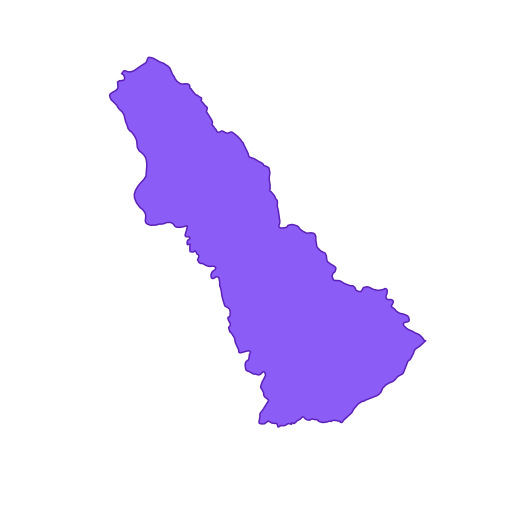 San Benito, Santander, Colombia (Mercator projection), rotated 287°
{"feature_id": "7082276B8887229584213", "entity_name": "San Benito", "entity_type": "district", "adm_level": 2, "iso_a3": "COL", "parent_name": "Colombia", "parent_adm1": "Santander", "projection": "mercator", "projection_center": [-73.532, 6.104], "detail": "fine", "context": "isolated", "style": "filled", "palette": "violet", "viewbox_px": 512, "rotation_deg": 287, "n_neighbors": 0, "source": "geoboundaries", "source_scale": "gbopen_adm2", "svg_char_len": 6129}
<svg xmlns="http://www.w3.org/2000/svg" viewBox="0 0 512 512"><g transform="rotate(287 256 256)"><path d="M239.9,421.1L241.8,420.0L242.9,418.8L243.3,417.2L243.6,413.3L243.3,411.3L243.4,409.4L243.7,408.1L244.2,406.6L245.9,403.8L247.0,400.6L247.7,400.1L251.5,400.8L253.2,400.3L253.7,399.2L253.8,397.6L253.0,395.4L253.0,394.3L253.4,393.2L255.0,392.1L258.7,392.2L260.8,391.8L262.0,391.2L262.6,390.2L262.7,389.2L262.4,388.6L261.6,388.0L260.4,386.1L258.8,382.8L258.4,378.1L259.1,374.0L259.2,372.6L258.9,370.8L257.3,368.1L256.7,367.8L253.7,367.2L252.8,366.8L252.1,364.6L252.4,362.4L252.8,361.5L254.7,359.9L255.7,357.9L255.8,357.0L255.2,355.1L255.3,350.8L255.8,347.4L256.7,344.2L256.7,342.5L255.6,338.2L255.8,337.2L257.3,335.8L258.9,334.8L260.2,334.5L262.3,334.9L263.4,335.8L264.8,336.2L266.5,336.2L268.0,335.8L268.6,335.0L269.2,333.7L270.3,329.2L271.3,326.5L272.0,325.6L273.1,324.8L276.8,323.2L278.9,321.3L279.8,316.3L282.4,311.7L288.3,308.7L292.4,307.4L294.2,305.7L294.6,304.3L294.3,301.9L292.6,297.7L293.5,293.1L294.5,290.6L294.9,289.7L296.5,287.8L296.8,286.5L296.9,282.5L296.7,281.3L295.3,278.6L294.4,277.5L293.2,277.3L292.2,276.5L291.3,275.0L290.2,272.2L290.1,270.9L290.3,269.9L291.3,269.0L294.1,269.1L296.3,268.6L306.3,263.9L309.5,261.9L314.2,260.6L315.2,260.1L315.7,259.6L316.2,258.6L316.8,257.8L318.5,256.6L319.3,255.6L321.8,251.8L322.2,250.3L322.6,249.9L324.6,249.8L328.3,248.6L332.3,246.6L334.9,245.7L339.6,245.0L343.9,242.7L344.3,241.9L344.8,239.5L344.7,237.3L345.8,236.2L346.5,234.8L347.0,232.7L347.5,229.7L348.5,226.2L348.7,220.9L349.5,219.8L351.4,218.7L353.1,217.3L358.5,212.2L360.5,210.5L361.7,208.5L362.7,207.4L365.0,203.4L367.2,197.9L367.4,196.3L367.1,195.6L366.8,195.0L365.5,193.8L365.1,193.2L365.1,190.1L365.7,188.1L365.6,187.2L365.5,186.5L364.2,185.3L363.4,184.1L363.2,183.3L363.5,182.1L364.5,181.6L365.5,180.3L366.4,178.7L367.6,177.6L368.4,175.8L369.1,175.5L370.6,175.4L371.4,175.2L373.3,173.7L378.7,167.4L379.2,166.6L380.8,166.3L382.7,166.3L383.5,166.1L384.4,164.9L384.8,163.7L388.4,158.2L389.1,158.0L390.0,158.1L391.1,157.7L391.5,156.9L391.5,155.5L392.5,153.2L392.7,151.1L393.3,150.0L395.7,146.4L396.7,145.4L397.1,144.2L397.7,143.5L399.3,142.9L400.1,142.3L400.6,140.8L400.5,139.8L399.8,137.4L398.9,135.5L398.7,133.9L398.8,132.8L399.9,129.5L401.5,127.2L403.8,125.1L405.4,123.0L410.3,118.9L411.1,117.9L411.8,116.2L413.3,111.2L413.4,107.6L415.0,100.4L415.1,98.0L414.7,95.5L413.6,94.7L408.9,94.4L404.1,90.3L397.5,85.1L395.6,82.5L394.7,79.7L394.9,77.1L394.6,75.6L393.2,74.9L391.1,74.2L390.6,76.3L387.9,78.5L385.7,78.3L384.5,76.5L383.8,74.3L381.9,72.7L376.7,74.8L374.7,74.4L372.6,72.9L370.2,70.6L368.1,69.1L366.7,69.1L365.1,70.0L363.1,71.8L359.5,78.7L357.8,80.4L356.2,82.6L354.8,85.7L352.7,88.3L346.4,92.0L343.6,94.3L340.5,96.4L338.8,98.7L338.0,101.1L335.6,104.3L333.0,107.0L330.8,108.4L325.1,110.8L322.4,113.6L321.3,116.6L319.9,119.2L317.5,122.0L314.5,123.6L310.8,125.1L300.2,127.4L296.2,126.3L292.5,124.4L288.1,122.6L283.6,121.6L279.7,121.5L276.5,122.6L274.5,124.0L271.7,126.4L268.5,130.8L267.0,134.5L265.1,136.9L263.1,138.5L260.2,139.3L257.4,139.8L255.6,140.8L254.7,143.0L254.6,146.2L256.4,151.5L258.2,154.0L258.6,155.5L259.3,157.2L260.5,159.2L261.7,160.5L262.5,162.4L263.1,164.8L262.8,166.4L262.6,167.2L260.7,169.9L260.3,171.5L261.0,174.4L262.3,177.3L264.4,180.5L264.6,181.2L264.2,181.7L259.8,182.0L256.3,182.0L254.8,182.2L254.0,183.2L254.7,186.7L253.8,187.5L253.0,187.5L251.5,186.4L250.6,186.0L248.8,186.1L247.1,186.8L246.8,187.5L247.8,188.5L248.1,189.1L247.4,189.6L244.7,190.2L241.6,191.3L241.0,191.7L241.1,193.7L241.5,194.7L241.9,195.4L243.0,196.2L242.5,197.4L240.8,198.8L240.2,200.5L239.5,201.2L239.0,201.4L238.1,201.5L235.3,201.2L233.4,203.0L232.7,204.5L232.7,205.2L233.2,206.8L232.3,211.4L232.3,213.2L232.5,214.9L233.7,217.8L233.9,219.0L233.3,220.7L232.6,221.1L231.5,220.9L230.4,220.5L228.6,219.0L227.3,218.5L224.8,218.4L222.1,219.6L221.7,220.7L222.3,222.3L224.2,223.6L224.7,224.5L224.8,225.5L224.4,226.7L220.9,228.7L216.9,230.0L215.1,231.5L211.8,233.3L208.6,234.7L204.5,237.1L199.1,240.8L198.2,244.7L197.6,245.9L196.3,247.0L194.8,247.8L191.7,248.5L190.5,248.5L189.7,248.1L189.5,247.4L188.7,247.2L187.9,247.5L186.9,248.1L183.6,251.3L182.5,251.7L181.8,251.6L180.1,250.8L179.4,250.8L176.0,253.0L174.8,255.4L171.9,258.8L170.9,259.6L167.1,261.6L161.1,266.9L159.3,267.5L158.9,267.9L158.7,268.9L159.1,269.9L163.1,276.3L163.2,277.5L163.0,278.1L162.5,278.6L161.7,278.9L160.2,278.5L159.4,278.5L157.5,279.0L155.2,279.1L154.1,278.9L152.6,277.6L151.4,277.2L150.1,277.2L148.4,277.5L144.6,279.3L143.8,280.3L143.5,281.3L143.4,283.7L142.4,288.2L143.0,290.5L142.9,292.0L143.0,293.2L143.6,294.3L144.4,295.0L147.0,296.4L147.6,297.1L147.3,298.2L145.8,299.5L144.2,300.0L137.2,298.7L132.6,298.6L131.5,299.0L129.6,301.2L127.5,303.2L125.6,303.8L123.9,305.3L122.3,309.5L121.4,310.3L111.3,307.6L107.0,306.0L105.6,306.0L103.8,306.7L98.5,307.3L97.2,307.8L96.9,309.4L97.2,311.0L98.0,313.1L101.5,315.8L101.7,316.5L100.9,319.8L101.3,322.8L101.8,323.8L101.7,324.8L100.7,325.9L99.1,326.8L99.2,327.7L101.2,329.5L101.5,331.2L102.1,332.8L103.9,334.8L104.3,334.9L105.0,335.7L105.4,336.9L105.4,339.1L105.7,339.2L106.6,338.9L107.0,339.3L107.2,339.9L106.9,340.7L107.1,341.7L110.5,343.6L112.9,346.0L113.5,346.4L115.4,347.2L116.0,348.1L115.9,348.7L114.6,350.9L114.3,353.1L114.6,355.0L115.1,355.8L116.3,356.7L116.5,357.1L116.8,360.1L117.3,362.0L117.3,362.5L116.2,364.5L116.2,368.2L116.8,369.9L118.4,373.0L119.6,374.5L119.7,376.1L121.2,377.5L121.5,378.1L122.0,380.6L122.3,383.1L122.2,384.7L121.7,385.4L121.8,386.7L122.7,387.3L124.4,387.7L134.1,393.4L138.1,394.2L144.5,397.0L148.2,400.2L148.4,401.2L150.6,403.4L157.9,412.6L159.8,414.1L162.8,415.5L166.5,415.7L170.8,418.0L173.6,420.6L175.8,423.4L177.9,424.9L181.0,426.2L182.9,427.4L186.2,430.7L187.0,431.0L189.5,431.3L199.1,432.0L200.2,432.2L201.8,433.5L203.2,434.0L209.2,435.1L211.6,435.0L212.5,435.3L214.3,436.2L217.8,439.1L224.4,442.9L224.8,441.0L226.3,439.4L228.3,435.7L228.8,433.5L229.0,430.5L229.7,428.1L230.2,423.5L230.7,421.5L232.4,418.0L233.4,417.1L234.5,416.7L235.4,417.1L236.3,418.2L237.3,420.1L238.1,421.0L238.9,421.3L239.9,421.1Z" fill="#8b5cf6" stroke="#5b21b6" stroke-width="1.5"/></g></svg>